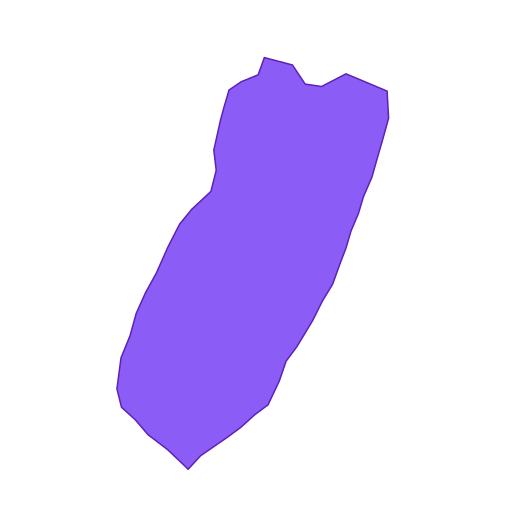 outline of Vitsada, Cyprus, rotated 256°
{"feature_id": "46923920B87437157702699", "entity_name": "Vitsada", "entity_type": "district", "adm_level": 2, "iso_a3": "CYP", "parent_name": "Cyprus", "parent_adm1": "", "projection": "albers", "projection_center": [33.652, 35.236], "detail": "fine", "context": "isolated", "style": "filled", "palette": "violet", "viewbox_px": 512, "rotation_deg": 256, "n_neighbors": 0, "source": "geoboundaries", "source_scale": "gbopen_adm2", "svg_char_len": 762}
<svg xmlns="http://www.w3.org/2000/svg" viewBox="0 0 512 512"><g transform="rotate(256 256 256)"><path d="M397.0,254.7L369.0,240.7L348.7,238.1L329.6,227.9L316.9,205.0L305.5,189.7L286.5,173.1L263.6,155.2L247.1,139.9L229.3,125.9L209.0,114.4L189.9,100.4L160.7,88.9L141.7,88.9L126.5,99.1L108.7,108.0L89.6,123.3L76.9,131.4L65.5,138.6L75.6,153.9L87.1,184.5L93.4,199.8L102.3,216.4L108.7,231.7L129.0,248.3L146.7,259.8L158.2,273.8L179.8,295.5L196.3,309.6L210.2,323.6L229.3,336.4L242.0,345.3L257.2,354.2L272.5,365.7L287.7,374.7L304.2,387.4L322.0,397.6L337.3,406.5L357.6,418.0L384.3,423.1L411.0,387.4L404.6,360.6L410.9,345.3L432.5,337.6L446.5,312.1L431.3,301.9L428.7,284.0L423.6,270.0L408.4,261.1L397.0,254.7Z" fill="#8b5cf6" stroke="#5b21b6" stroke-width="1.5"/></g></svg>